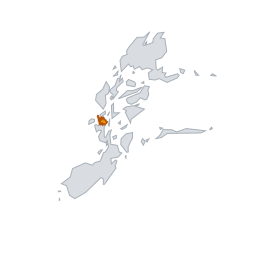 location of Albay, Albay, Philippines, rotated 226°
{"feature_id": "2640588B82697045094820", "entity_name": "Albay", "entity_type": "district", "adm_level": 2, "iso_a3": "PHL", "parent_name": "Philippines", "parent_adm1": "Albay", "projection": "robinson", "projection_center": [123.87, 13.255], "detail": "fine", "context": "in_parent", "style": "filled", "palette": "amber", "viewbox_px": 256, "rotation_deg": 226, "n_neighbors": 0, "source": "geoboundaries", "source_scale": "gbopen_adm2", "svg_char_len": 7029}
<svg xmlns="http://www.w3.org/2000/svg" viewBox="0 0 256 256"><g transform="rotate(226 128 128)"><path d="M120.2,39.2L129.1,43.7L134.2,41.4L132.8,52.4L137.3,59.9L132.6,73.0L126.0,76.5L126.1,80.2L123.5,85.0L127.2,93.2L126.4,95.3L128.0,101.1L133.5,104.4L133.3,101.4L138.5,99.0L142.3,100.8L144.3,106.9L146.7,105.7L147.0,102.6L153.0,105.7L152.9,107.3L149.8,108.4L153.0,113.6L152.6,115.8L157.0,116.8L156.0,123.4L153.8,121.7L154.6,118.5L146.8,116.7L145.0,111.2L138.1,104.7L136.6,105.0L139.0,111.8L138.2,114.6L135.5,110.1L128.2,104.3L122.9,108.3L116.7,105.0L114.3,106.2L114.0,100.8L118.0,94.5L113.7,91.2L113.7,96.7L111.9,97.1L109.6,92.4L107.5,91.6L103.9,72.0L104.6,71.1L108.6,74.9L111.1,74.1L111.1,52.8L114.1,40.7L120.2,39.2ZM173.3,162.5L182.1,169.2L183.5,173.7L181.5,178.6L184.2,180.2L185.4,184.1L186.9,197.4L182.1,202.9L182.1,210.5L177.6,196.2L176.0,197.2L172.2,205.2L174.7,208.3L175.7,215.1L171.8,220.3L170.4,213.8L166.6,216.5L156.2,209.1L155.1,200.9L157.8,195.3L151.2,189.5L149.0,189.6L147.8,195.2L144.2,191.1L141.1,193.5L140.4,190.8L138.3,190.2L132.5,201.5L130.3,201.3L129.8,198.1L133.7,187.7L141.9,184.8L143.6,180.9L148.3,177.1L153.4,180.9L152.8,186.2L157.7,183.7L160.2,178.6L164.2,179.1L165.9,173.4L169.2,174.8L170.1,172.6L173.6,172.8L173.3,162.5ZM146.9,169.2L142.9,172.2L141.4,168.6L137.7,166.3L135.7,161.6L136.5,159.6L141.2,157.9L140.8,152.1L142.8,146.8L146.2,145.3L149.3,146.3L150.0,148.2L145.0,161.0L146.9,169.2ZM170.4,123.9L174.0,128.6L173.5,136.9L176.5,144.5L170.3,143.2L167.9,140.4L166.4,137.4L167.4,134.5L160.7,129.1L158.8,123.3L170.4,123.9ZM129.8,133.3L141.1,136.9L141.7,139.0L145.0,137.7L144.5,141.2L140.2,147.6L130.2,152.9L132.1,136.2L129.8,133.3ZM87.1,169.5L72.2,181.8L73.8,177.0L96.8,152.5L97.9,145.5L100.9,140.8L100.6,145.8L102.5,152.1L96.4,158.2L91.4,160.3L87.1,169.5ZM111.4,110.2L121.1,111.3L125.0,115.5L125.2,122.4L121.5,128.2L117.7,124.1L114.4,115.0L110.6,111.6L111.4,110.2ZM162.3,140.4L166.6,140.0L167.8,142.2L167.6,148.2L170.8,154.8L169.2,156.5L167.3,154.0L167.8,158.6L164.8,156.8L164.9,148.2L163.3,145.7L160.7,146.2L159.3,137.7L162.3,140.4ZM147.5,166.8L147.7,159.6L155.7,141.4L155.3,153.5L151.6,157.3L147.5,166.8ZM162.5,162.1L156.7,164.7L154.5,164.3L153.0,161.6L159.4,156.9L162.3,158.7L162.5,162.1ZM145.9,123.1L155.7,131.7L155.8,134.7L148.8,128.2L145.0,132.3L145.9,123.1ZM159.6,108.5L157.4,109.9L155.7,108.1L158.0,102.3L160.3,105.2L159.6,108.5ZM134.7,206.4L130.2,209.0L128.7,205.5L131.4,204.5L134.7,206.4ZM105.0,127.1L109.2,128.2L110.2,131.1L106.5,131.1L105.0,127.1ZM129.8,109.8L132.3,110.9L130.9,114.5L128.8,112.8L129.8,109.8ZM118.9,213.4L123.5,215.6L116.9,215.4L118.9,213.4ZM175.9,160.3L173.5,157.4L175.6,153.0L175.4,155.7L175.9,160.3ZM132.6,122.2L131.0,129.8L129.9,126.7L130.9,122.9L132.6,122.2ZM108.2,224.1L108.5,226.3L104.0,227.7L108.2,224.1ZM131.3,89.4L131.2,92.9L130.1,94.3L129.0,89.0L131.3,89.4ZM139.4,148.8L137.4,153.2L137.4,150.6L139.4,148.8ZM106.8,132.4L105.7,135.6L104.7,131.9L106.8,132.4ZM162.7,138.3L161.2,138.4L159.6,135.9L161.5,135.6L162.7,138.3ZM138.2,124.4L138.2,127.3L136.0,124.9L138.2,124.4ZM181.8,161.9L179.6,161.3L180.6,158.3L181.8,161.9ZM143.6,115.8L147.5,121.5L142.5,115.9L143.6,115.8ZM106.4,151.2L103.8,152.8L104.5,150.2L106.4,151.2ZM151.0,169.1L150.5,171.6L149.0,170.3L151.0,169.1ZM151.7,122.8L152.5,126.2L150.6,121.9L151.7,122.8ZM70.5,188.6L69.1,188.4L69.4,186.2L70.4,186.0L70.5,188.6ZM165.1,171.0L163.4,171.2L163.2,169.9L164.3,169.6L165.1,171.0ZM177.1,201.4L175.9,199.8L176.3,198.3L177.1,199.0L177.1,201.4ZM109.1,105.9L109.8,107.8L107.8,105.6L109.1,105.9ZM170.3,157.5L171.0,160.0L169.1,156.9L170.3,157.5ZM130.9,34.4L128.9,36.0L130.4,33.7L130.9,34.4ZM133.0,102.7L130.3,101.3L130.4,100.2L133.0,102.7ZM123.7,28.3L125.4,30.1L123.5,28.9L123.7,28.3Z" fill="#d9dde1" stroke="#a8b0b8" stroke-width="1"/><path d="M150.4,110.1L150.2,110.1L149.7,110.2L149.7,110.4L149.7,110.6L149.8,110.8L150.1,111.1L150.2,111.4L150.1,112.0L150.0,112.3L149.9,112.3L149.6,112.4L149.6,112.5L149.5,112.4L149.4,112.5L149.2,112.5L149.1,112.4L148.9,112.2L148.9,112.3L148.7,112.3L148.7,112.2L148.7,112.3L148.6,112.2L148.5,112.3L148.5,112.2L148.4,112.3L148.2,112.4L148.2,112.5L148.1,112.4L148.1,112.6L147.9,112.5L148.0,112.8L147.8,112.6L147.7,112.7L147.7,112.8L147.7,113.0L147.4,113.2L147.1,113.2L146.9,113.3L146.5,113.6L146.6,113.8L147.0,114.6L146.9,114.7L146.8,114.9L146.8,115.0L146.7,115.2L146.6,115.3L146.6,115.6L146.6,115.8L146.6,116.0L146.6,116.4L146.5,116.5L146.7,116.8L146.9,117.3L147.5,117.0L147.6,116.9L147.8,116.8L148.0,116.7L148.2,116.8L148.4,116.9L148.5,117.0L148.7,117.3L148.9,117.5L149.0,117.4L149.7,117.0L149.8,117.0L150.0,117.0L150.1,116.9L150.1,117.0L150.3,117.0L150.6,117.0L150.8,117.2L151.0,117.1L151.8,116.8L151.8,117.0L152.0,117.0L152.1,117.4L152.3,117.4L152.4,117.5L152.6,117.4L152.9,117.0L153.6,116.8L154.0,116.8L154.2,116.7L154.3,116.2L154.4,115.9L154.3,115.7L154.2,115.6L154.1,115.4L153.8,115.4L153.7,115.4L153.6,115.5L153.5,115.8L153.3,115.8L153.3,116.0L153.2,116.0L153.3,116.1L153.2,116.3L153.0,116.5L152.9,116.6L152.7,116.7L152.3,116.5L152.4,116.4L152.2,116.2L152.3,116.1L152.2,116.1L152.4,116.0L152.5,116.1L152.4,116.1L152.5,116.1L152.6,115.7L152.4,115.6L152.3,115.4L152.3,115.2L152.2,114.9L152.3,114.5L152.5,114.2L152.8,114.0L153.0,114.1L153.6,114.2L153.4,113.9L153.4,113.7L153.2,113.6L153.1,113.8L153.2,114.1L153.1,113.9L153.0,113.7L153.0,113.4L152.8,113.2L152.6,113.2L152.3,112.9L152.1,112.8L152.1,112.5L152.0,112.3L152.0,112.2L151.9,112.2L152.1,112.2L151.8,111.7L151.7,111.5L151.6,111.4L151.6,111.1L151.4,111.0L151.3,110.7L150.8,110.6L150.7,110.5L150.4,110.1ZM155.0,113.3L154.9,113.4L154.7,113.3L154.4,113.4L154.2,113.4L154.3,113.4L154.3,113.5L154.2,113.5L154.4,113.8L154.6,114.0L154.9,114.1L155.1,114.0L155.5,114.3L155.8,114.2L155.8,114.3L155.8,114.2L156.0,114.1L156.0,113.9L156.3,113.7L156.4,113.8L156.5,113.7L156.3,113.6L156.2,113.6L155.9,113.5L155.7,113.5L155.8,113.6L155.7,113.6L155.6,113.8L155.6,113.7L155.4,113.4L155.2,113.4L155.3,113.4L155.2,113.4L155.2,113.6L154.9,113.4L155.0,113.3L155.0,113.3ZM153.6,113.9L153.7,114.1L153.8,114.1L154.0,114.1L154.1,113.9L153.9,113.7L153.8,113.4L154.0,113.4L154.1,113.1L154.3,113.0L154.4,112.8L154.1,112.8L154.1,112.6L153.8,112.5L153.7,112.6L153.4,112.4L153.4,112.5L153.4,112.4L153.4,112.5L153.4,112.4L153.3,112.5L153.3,112.4L153.3,112.5L153.6,112.9L153.5,113.0L153.4,113.0L153.4,113.5L153.5,113.7L153.5,113.8L153.6,114.0L153.5,113.9L153.6,113.9ZM156.9,114.1L156.6,114.2L156.3,114.4L156.1,114.4L155.9,114.5L156.2,114.5L156.4,114.7L156.6,114.7L156.8,114.8L156.7,114.8L156.9,114.8L156.9,114.7L157.2,114.8L157.3,114.8L157.6,115.0L157.7,114.9L157.8,115.0L157.9,114.9L157.8,114.7L157.7,114.4L157.1,114.1L156.9,114.1ZM152.4,111.7L152.5,112.0L152.8,112.2L152.9,112.4L153.1,112.4L153.2,112.6L153.3,112.5L153.3,112.4L153.4,112.2L153.2,112.2L153.0,111.9L152.9,111.9L152.7,111.9L152.6,111.7L152.5,111.8L152.4,111.7ZM154.5,112.8L154.4,112.9L154.4,113.0L154.6,113.1L154.6,112.9L154.5,112.8ZM154.8,113.1L154.7,113.1L154.7,113.3L154.9,113.2L154.8,113.1ZM154.2,113.2L154.1,113.3L154.2,113.2Z" fill="#f59e0b" stroke="#b45309" stroke-width="1.5"/></g></svg>